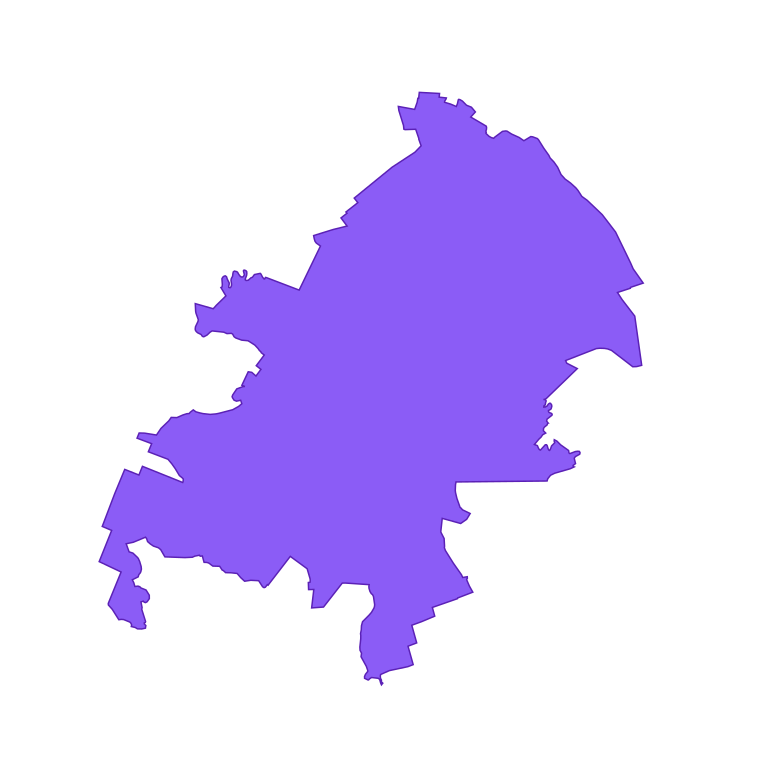 Craidorolt, Satu Mare, Romania (Mercator projection), rotated 191°
{"feature_id": "2599482B64350665311002", "entity_name": "Craidorolt", "entity_type": "district", "adm_level": 2, "iso_a3": "ROU", "parent_name": "Romania", "parent_adm1": "Satu Mare", "projection": "mercator", "projection_center": [22.703, 47.59], "detail": "fine", "context": "isolated", "style": "filled", "palette": "violet", "viewbox_px": 768, "rotation_deg": 191, "n_neighbors": 0, "source": "geoboundaries", "source_scale": "gbopen_adm2", "svg_char_len": 6133}
<svg xmlns="http://www.w3.org/2000/svg" viewBox="0 0 768 768"><g transform="rotate(191 384 384)"><path d="M543.6,468.2L542.1,465.0L542.0,464.3L542.6,462.6L543.8,461.8L545.4,462.1L547.5,463.9L548.9,465.6L549.9,466.2L552.4,466.3L553.3,465.4L553.4,463.9L553.2,460.9L554.0,458.3L554.0,456.7L552.7,453.0L552.5,451.4L552.8,450.0L553.5,449.1L554.8,449.2L555.1,450.5L555.0,452.0L555.2,453.6L557.8,457.0L559.1,459.3L560.5,459.9L561.6,459.3L562.6,458.2L563.2,456.4L561.7,450.9L561.5,448.9L561.6,448.2L562.5,447.6L556.0,440.3L563.6,429.3L566.0,425.3L584.6,426.9L582.8,419.5L582.1,417.7L578.6,411.8L578.5,410.1L580.0,404.2L579.8,401.8L579.2,400.5L578.2,399.6L576.7,398.7L573.0,397.7L571.6,396.3L570.5,395.9L569.7,396.1L567.0,398.3L564.6,401.7L562.8,403.3L551.1,404.3L547.8,403.5L543.5,404.6L542.1,404.1L540.2,401.8L538.3,400.9L532.0,399.9L525.7,400.5L518.3,397.6L514.4,394.8L512.6,393.0L511.2,392.3L510.5,391.3L507.1,389.6L512.9,377.6L507.6,374.9L511.2,367.4L516.0,370.2L519.6,370.1L523.3,355.6L520.1,355.0L522.0,354.5L527.6,351.1L530.4,344.5L530.7,342.6L530.1,341.6L528.1,339.5L525.5,339.0L521.6,340.7L519.8,337.5L522.5,334.2L527.6,329.9L540.3,323.8L543.2,322.6L548.8,321.0L556.0,320.4L559.5,320.5L563.3,320.8L566.3,322.2L568.9,319.2L569.5,317.9L571.9,317.2L575.4,315.3L580.9,311.5L586.5,310.6L588.2,306.8L594.5,297.8L597.6,290.5L609.5,290.1L615.0,289.2L616.1,283.7L600.7,281.1L602.4,272.5L581.7,268.9L577.1,265.2L572.8,261.1L567.4,255.1L563.7,253.1L562.9,252.4L562.6,250.1L562.8,248.9L605.4,257.1L607.2,247.9L622.2,250.7L627.4,225.1L633.4,190.4L623.4,188.3L629.7,155.3L606.2,149.3L612.8,116.0L612.4,114.5L607.7,110.9L599.3,102.0L597.1,102.8L594.7,103.1L588.1,101.8L587.0,101.1L586.0,99.8L585.7,98.6L585.8,97.7L581.7,97.5L579.3,96.6L575.1,97.3L571.6,98.8L571.7,101.5L573.5,102.7L573.7,103.9L572.8,104.4L572.7,105.3L578.8,116.6L578.8,118.4L581.0,123.7L578.9,124.9L577.7,124.0L576.4,123.9L575.0,125.0L573.4,128.5L574.1,131.9L578.3,136.4L583.6,137.4L585.2,138.5L586.4,138.4L586.8,138.7L589.9,137.7L591.7,141.2L593.7,143.8L588.5,147.8L588.3,150.1L587.2,152.1L586.9,153.3L586.8,156.0L587.6,158.6L590.0,163.2L591.7,165.6L592.7,166.6L598.2,170.1L602.2,170.6L606.6,178.0L599.9,180.8L588.9,188.1L587.5,186.9L586.0,184.2L582.9,182.4L579.4,180.9L574.2,180.2L571.6,178.8L566.1,172.5L546.3,175.6L539.0,177.4L536.9,178.9L532.5,180.7L531.6,179.9L529.5,180.5L526.6,174.6L524.2,175.0L522.1,174.9L517.3,172.6L510.5,173.7L507.4,170.5L506.1,170.2L503.5,168.6L498.1,169.5L492.0,170.0L487.6,166.5L483.2,163.8L477.3,165.9L469.5,167.0L464.5,161.8L462.9,161.2L461.7,161.9L460.2,164.8L459.4,164.4L443.1,196.9L424.2,188.0L419.3,178.5L418.8,176.3L418.8,175.3L420.4,174.7L418.8,167.8L413.7,168.9L412.3,150.4L400.8,153.5L387.0,180.6L383.5,181.3L360.3,184.2L360.2,182.3L359.7,180.5L358.2,177.7L356.5,175.8L355.0,175.0L353.8,173.4L351.1,165.7L350.9,163.9L351.1,162.1L352.7,157.5L354.6,154.2L359.7,146.6L360.0,142.4L359.4,138.3L359.4,134.4L358.8,132.7L358.2,129.3L357.5,121.2L356.7,118.0L354.7,115.5L354.5,111.9L347.5,103.5L345.3,99.7L345.1,98.8L346.8,95.5L347.3,93.1L346.9,91.4L343.1,90.4L342.6,90.7L341.7,92.1L340.2,93.5L333.6,94.0L331.9,93.2L330.2,89.8L329.1,88.2L328.1,90.1L329.8,91.2L330.0,92.8L331.3,94.5L331.9,96.6L331.9,98.2L324.0,103.7L306.6,111.1L301.8,114.1L310.4,131.2L302.5,136.1L310.7,152.5L301.7,157.9L289.9,165.8L293.9,173.9L270.9,187.3L270.9,188.0L257.1,196.6L261.6,201.9L265.1,207.0L265.6,208.2L265.1,209.2L265.5,210.7L269.8,209.1L271.6,211.6L281.8,221.4L291.9,232.2L293.5,234.8L293.6,236.3L295.5,243.8L299.9,249.4L300.1,250.2L301.2,263.2L282.1,261.7L277.0,267.0L274.7,273.3L283.0,275.5L284.5,276.8L285.7,277.3L290.6,285.6L293.0,290.9L293.7,293.0L294.6,298.9L294.6,301.6L205.4,319.9L205.2,322.2L203.1,326.2L199.4,329.0L185.1,336.3L181.5,338.9L182.6,339.1L182.8,340.2L180.8,342.4L183.0,347.2L183.0,347.9L182.1,349.4L178.5,352.4L178.4,353.9L179.3,355.1L180.9,355.0L183.3,354.2L188.0,351.3L188.7,351.2L189.4,351.9L190.0,353.8L190.4,354.1L199.0,358.0L203.3,360.9L206.2,361.8L206.1,360.5L205.2,358.9L207.7,355.2L208.0,353.2L208.3,351.4L208.8,350.4L209.4,350.5L210.4,351.5L212.1,354.7L212.9,355.4L214.1,355.1L217.8,349.0L218.6,349.1L219.8,350.0L221.7,352.8L224.8,353.3L221.5,359.3L219.7,361.8L218.6,364.4L215.9,366.7L218.6,368.5L218.9,370.9L218.3,372.3L216.1,374.9L215.8,376.9L215.4,377.0L217.3,378.6L217.2,380.7L213.2,385.3L213.1,386.0L213.3,386.6L214.0,387.1L216.6,387.6L217.5,388.8L217.5,389.3L215.5,391.0L215.2,391.7L215.0,394.0L215.4,395.4L216.8,396.8L217.6,396.8L218.7,395.8L219.8,393.4L221.3,392.2L222.7,391.8L222.9,392.8L221.7,394.4L221.8,396.7L221.6,398.1L221.8,398.7L222.6,399.4L224.5,399.2L223.0,399.8L221.7,401.0L197.2,436.0L208.6,439.3L210.2,441.7L182.3,459.3L178.9,460.3L174.5,461.0L171.2,461.1L167.1,460.4L143.1,448.4L139.3,449.3L134.6,451.5L150.8,498.5L166.4,512.3L172.3,518.4L160.4,525.0L160.5,525.7L160.1,526.1L148.8,532.5L161.4,544.6L165.2,550.1L185.7,577.4L202.1,591.9L219.6,603.1L225.6,605.9L230.4,610.9L232.9,613.0L239.1,616.8L245.3,619.7L250.2,623.4L254.9,629.9L259.6,634.4L264.1,637.6L265.8,639.9L272.1,645.9L279.0,653.3L280.3,654.2L285.1,655.0L287.1,654.9L293.1,649.5L298.4,651.8L306.4,653.7L311.5,655.7L312.9,655.6L315.9,654.6L322.7,647.1L323.2,646.1L325.8,646.4L328.2,647.2L331.5,649.3L331.9,649.8L331.6,650.4L332.3,651.8L332.0,653.1L332.2,655.2L332.8,656.6L349.8,662.6L346.2,668.5L351.0,672.4L356.2,673.4L361.0,676.7L363.6,677.6L364.9,677.7L365.3,677.2L365.4,673.1L366.0,670.2L372.1,671.5L378.3,672.1L378.4,673.3L377.5,675.6L377.4,676.7L384.6,676.1L384.9,679.8L405.0,677.0L404.5,671.0L405.3,670.9L405.2,666.9L406.3,659.4L422.9,659.2L421.6,655.3L414.2,641.5L413.1,637.9L411.9,637.7L401.5,640.1L396.7,631.7L396.5,630.8L393.0,624.9L397.9,617.4L417.4,598.4L448.7,560.8L444.3,557.0L454.2,545.6L452.9,544.6L457.9,538.8L450.4,532.0L463.3,526.0L481.4,516.3L480.2,513.3L479.0,511.0L478.3,510.3L477.3,509.4L472.7,507.3L485.2,460.0L519.7,466.0L520.7,466.0L521.1,464.5L521.7,464.2L523.5,465.6L525.8,468.5L526.6,469.0L532.1,466.7L533.5,463.7L534.8,462.9L537.1,459.9L539.1,459.3L540.1,459.8L540.2,460.8L539.6,464.2L539.7,466.2L540.2,468.1L541.0,468.8L542.5,469.2L543.4,468.9L543.6,468.2Z" fill="#8b5cf6" stroke="#5b21b6" stroke-width="1.5"/></g></svg>